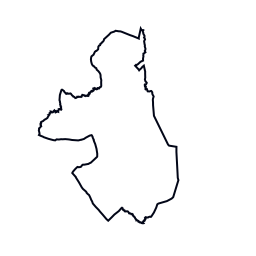 outline of Kilindi, Tanga, United Republic of Tanzania, rotated 137°
{"feature_id": "72390352B98761165374808", "entity_name": "Kilindi", "entity_type": "district", "adm_level": 2, "iso_a3": "TZA", "parent_name": "United Republic of Tanzania", "parent_adm1": "Tanga", "projection": "mercator", "projection_center": [37.598, -5.503], "detail": "fine", "context": "isolated", "style": "outline", "palette": "ink", "viewbox_px": 256, "rotation_deg": 137, "n_neighbors": 0, "source": "geoboundaries", "source_scale": "gbopen_adm2", "svg_char_len": 5790}
<svg xmlns="http://www.w3.org/2000/svg" viewBox="0 0 256 256"><g transform="rotate(137 128 128)"><path d="M50.9,192.0L58.6,186.7L59.1,186.1L61.8,192.0L63.1,194.4L67.0,202.7L67.7,203.9L68.7,204.9L70.8,207.6L72.1,207.8L75.6,209.4L78.3,209.2L84.9,209.3L85.9,208.6L87.2,208.2L87.9,208.4L89.8,208.1L90.1,208.3L90.8,208.4L91.2,208.0L91.9,207.6L92.9,208.0L94.2,207.7L96.2,205.9L98.5,205.9L98.9,206.2L99.6,206.3L100.3,206.3L103.2,205.1L105.8,205.3L106.6,204.9L108.2,203.6L109.5,201.9L110.7,199.7L111.0,198.7L111.2,197.6L110.8,196.5L110.9,195.0L110.7,194.1L110.4,193.4L111.1,192.0L110.9,189.9L111.1,187.7L111.5,186.3L112.0,185.4L113.5,183.7L114.9,181.2L116.3,179.9L118.9,177.0L119.9,176.6L120.9,177.1L121.5,176.9L121.9,176.6L122.0,176.6L122.1,176.9L122.4,177.0L122.4,177.4L122.9,177.9L123.2,177.9L123.7,177.4L124.5,177.6L124.9,178.2L124.9,178.7L125.1,178.8L124.9,179.1L125.0,179.2L125.1,179.9L125.8,179.9L126.1,180.5L126.4,180.6L127.0,179.1L127.7,179.0L127.9,178.9L128.2,179.2L128.8,179.1L128.9,179.8L129.4,180.0L129.7,179.4L130.8,179.9L131.6,179.7L131.7,179.8L132.0,179.6L132.2,180.2L132.4,180.3L132.8,179.9L132.7,179.3L133.0,179.2L133.3,179.6L134.0,179.7L134.4,178.9L134.8,178.5L135.0,178.5L135.1,179.0L135.5,179.0L135.6,179.5L135.9,179.5L136.0,179.8L137.1,180.1L137.3,181.1L137.7,181.0L137.8,181.1L137.8,181.4L138.4,182.9L138.8,183.4L139.6,183.1L140.5,182.5L140.8,182.6L141.2,182.7L141.4,183.3L142.1,183.7L143.0,184.9L143.3,184.9L143.5,184.8L143.9,185.1L144.0,185.5L145.1,185.3L146.0,185.8L145.9,186.0L146.1,186.6L146.1,187.4L146.6,188.3L146.4,188.7L146.6,189.3L146.6,190.4L146.4,192.0L146.5,192.5L147.9,193.4L148.5,194.4L148.8,194.3L149.0,194.5L149.0,195.0L149.9,195.1L150.0,195.6L149.8,196.3L149.9,196.6L149.9,197.9L149.6,198.7L149.8,199.4L149.9,200.7L150.4,201.2L150.7,201.2L151.3,200.9L155.3,198.6L159.1,195.1L159.4,194.6L159.5,194.0L160.2,193.3L160.7,192.2L161.8,191.3L161.8,190.6L162.1,190.1L162.5,189.9L162.6,189.6L162.6,189.1L162.9,189.0L163.0,188.6L163.4,188.1L163.6,187.9L164.1,187.0L164.4,187.0L164.4,187.4L164.5,187.5L164.5,187.8L164.7,188.0L164.7,188.3L165.6,188.9L165.7,188.7L165.8,188.8L165.9,188.6L166.7,188.5L167.4,188.1L168.0,187.4L168.2,187.8L168.2,188.5L169.5,188.5L170.0,188.7L169.8,188.9L169.9,189.3L169.4,189.8L169.9,190.1L169.9,190.6L169.8,191.1L171.0,191.1L171.4,190.6L171.7,190.8L172.4,190.8L172.5,191.1L172.9,191.5L173.1,191.9L173.0,192.4L173.2,192.7L173.3,192.5L173.4,191.9L173.9,191.9L174.0,192.3L174.4,192.0L174.8,192.3L175.1,192.2L175.3,192.3L176.1,191.4L177.0,191.7L176.9,191.3L178.9,190.8L179.8,190.4L180.3,190.3L181.2,190.5L182.2,190.6L183.3,191.0L185.3,191.0L187.2,191.6L187.8,191.6L188.2,190.8L189.1,190.7L189.1,190.3L189.4,189.9L189.7,190.1L189.9,189.9L189.8,189.5L189.9,189.2L190.2,189.0L190.3,188.6L190.7,188.7L191.2,188.4L191.7,188.3L193.3,188.4L194.0,187.6L194.8,187.1L196.3,184.5L197.0,183.9L197.9,183.6L197.4,182.4L197.2,182.2L197.1,181.6L196.2,179.9L195.9,178.8L193.6,174.4L190.9,170.1L189.7,168.6L188.0,168.4L186.4,166.7L184.5,165.4L183.8,164.6L181.4,162.6L178.9,159.8L177.1,157.4L172.8,152.8L170.1,151.3L170.1,151.2L167.6,150.0L165.5,149.7L161.3,148.6L160.0,147.9L159.5,147.6L159.5,147.2L159.9,145.7L160.3,145.2L161.1,142.7L161.3,142.7L162.0,141.2L162.9,138.7L165.2,134.3L168.0,130.2L169.9,128.2L170.3,128.0L178.9,128.0L180.2,128.5L181.4,128.7L185.0,131.0L185.9,131.9L187.4,132.1L188.5,131.7L189.3,131.9L190.8,132.9L191.3,133.8L191.5,134.0L194.2,134.0L197.3,133.7L199.1,133.3L199.5,133.0L199.6,127.7L199.8,127.5L199.9,127.1L200.9,121.8L202.3,116.1L202.5,114.2L202.1,110.5L202.1,109.7L202.5,108.8L202.4,108.0L202.5,107.5L202.2,105.5L203.0,102.9L204.0,100.2L204.3,98.8L205.2,96.8L205.4,92.3L205.3,88.0L205.5,86.1L205.6,81.9L205.9,76.0L205.7,73.7L200.8,73.8L197.0,74.0L191.4,73.5L187.6,73.9L186.8,73.8L186.7,73.1L187.2,72.9L187.1,72.3L187.4,71.6L187.2,71.4L187.3,71.3L187.2,70.8L186.8,70.3L186.7,70.0L187.2,69.5L187.2,69.2L186.5,68.4L185.5,67.8L185.0,67.0L185.1,65.9L185.1,65.1L185.4,64.8L185.2,64.4L184.5,63.9L184.5,63.6L184.1,62.9L184.2,62.7L183.6,62.4L183.4,61.6L183.6,61.3L183.9,61.4L183.9,60.2L184.1,60.2L184.2,59.6L184.1,59.2L184.1,58.9L183.9,58.3L184.0,57.7L184.4,57.0L184.5,56.6L184.3,56.1L184.5,55.7L184.5,55.1L184.8,54.8L184.3,54.5L184.4,54.1L183.8,53.1L184.0,53.0L184.3,52.4L183.9,51.6L183.9,51.2L183.5,51.1L183.1,50.5L183.2,50.3L183.0,49.3L182.9,49.2L182.3,49.2L182.1,48.6L182.1,48.1L181.6,47.8L181.5,48.7L181.2,49.1L180.8,49.2L180.3,49.2L180.1,49.4L179.4,49.3L179.3,49.1L179.0,49.4L178.7,49.2L178.4,49.4L178.2,49.2L177.5,49.4L177.4,49.7L177.1,49.8L176.9,50.7L176.3,50.8L175.8,50.7L175.2,49.5L174.8,49.3L174.4,48.9L173.9,48.9L172.6,48.3L172.3,48.1L172.1,47.6L171.6,47.3L166.7,48.5L161.7,50.5L158.6,52.2L157.3,52.0L149.4,48.0L144.2,46.6L142.1,46.6L126.7,55.5L125.6,57.6L122.3,61.5L108.9,77.5L105.4,81.2L110.0,87.1L110.0,88.6L100.7,119.2L94.1,127.6L92.2,129.7L90.6,131.7L89.6,132.5L87.8,133.5L87.7,133.7L87.2,135.7L86.9,136.4L85.9,137.6L85.7,139.1L85.9,139.4L87.4,140.1L88.6,141.4L88.5,141.7L87.6,143.6L87.6,143.8L88.7,144.1L88.8,144.2L88.8,144.4L88.0,145.2L86.7,146.1L86.7,146.6L87.2,146.9L87.0,147.3L86.7,147.5L86.3,148.2L86.1,148.3L85.9,148.0L85.0,147.7L83.9,148.0L83.4,148.4L83.4,150.2L82.5,152.0L81.1,153.0L78.1,156.4L77.0,157.5L73.9,162.8L75.9,162.9L77.6,162.6L79.2,162.7L80.5,162.6L80.3,163.6L80.3,168.7L79.6,168.7L79.8,168.2L78.8,168.2L77.2,167.9L73.8,167.9L72.7,167.6L72.4,167.4L71.9,167.4L71.0,167.0L69.8,168.4L68.8,169.2L67.9,169.8L67.3,170.7L66.8,171.0L66.0,171.9L65.4,171.7L63.6,171.5L63.2,172.9L62.5,173.1L61.3,173.9L61.0,174.4L60.1,176.2L59.1,177.1L58.9,177.7L57.0,180.5L55.8,181.0L55.2,181.1L54.6,182.2L54.7,182.7L54.6,183.2L54.1,183.3L53.4,183.8L53.0,184.3L52.5,186.5L51.7,187.5L51.5,188.4L50.7,189.0L50.1,189.1L50.2,189.4L50.9,189.8L51.4,190.7L51.0,191.6L50.9,192.0Z" fill="none" stroke="#020617" stroke-width="2"/></g></svg>